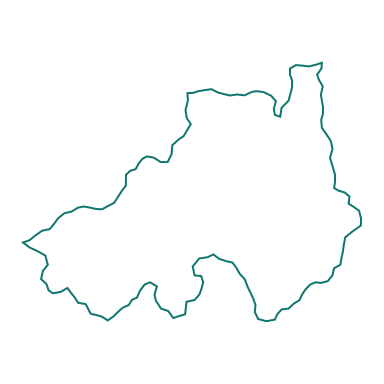 outline of Cipotânea, Minas Gerais, Brazil
{"feature_id": "56859067B10436357826838", "entity_name": "Cipotânea", "entity_type": "district", "adm_level": 2, "iso_a3": "BRA", "parent_name": "Brazil", "parent_adm1": "Minas Gerais", "projection": "natural_earth1", "projection_center": [-43.36, -20.915], "detail": "fine", "context": "isolated", "style": "outline", "palette": "teal", "viewbox_px": 384, "rotation_deg": 0, "n_neighbors": 0, "source": "geoboundaries", "source_scale": "gbopen_adm2", "svg_char_len": 2157}
<svg xmlns="http://www.w3.org/2000/svg" viewBox="0 0 384 384"><path d="M332.4,275.4L334.0,268.3L340.4,264.8L341.3,259.1L342.8,252.0L343.9,244.4L345.2,237.4L352.3,231.6L356.7,228.5L360.9,225.5L361.0,218.5L359.1,210.8L353.4,206.7L348.6,203.6L349.5,196.5L344.5,192.4L338.6,190.7L334.1,188.0L335.1,181.5L334.9,174.2L332.4,165.8L330.0,157.9L332.5,149.0L330.8,141.0L326.0,133.6L321.9,127.9L321.2,119.9L323.0,113.5L323.0,106.9L321.9,101.0L320.9,94.5L322.8,86.4L319.0,80.0L317.1,74.6L321.4,68.6L321.9,62.8L316.9,64.4L309.2,66.4L302.0,65.6L295.9,65.1L290.0,68.6L290.0,74.7L292.2,80.7L291.9,88.1L288.6,100.6L281.6,107.8L280.2,116.7L274.9,114.9L273.8,108.8L275.9,101.2L271.1,95.7L263.6,92.1L257.2,91.2L252.1,91.8L244.8,95.3L237.0,94.5L230.1,95.5L224.1,94.1L217.9,92.5L211.4,89.2L204.2,90.2L198.2,91.2L193.4,92.8L187.5,93.1L187.9,100.6L185.5,110.1L186.8,118.1L190.8,124.2L187.0,130.4L183.6,136.2L178.6,139.5L172.3,145.2L171.6,154.1L167.6,162.1L160.6,162.0L153.7,157.6L146.9,156.4L142.4,158.9L138.6,163.6L135.7,169.1L130.1,170.9L126.0,174.8L125.8,185.6L122.0,190.7L118.4,196.2L114.1,202.9L107.8,206.1L102.1,209.3L96.2,209.0L89.9,207.6L83.6,206.5L78.2,207.6L71.5,211.6L64.4,213.2L58.2,218.2L54.0,223.9L49.7,229.1L42.2,230.7L35.7,235.2L29.3,240.3L23.0,242.5L29.8,247.6L37.4,251.1L45.3,255.5L47.8,264.8L42.9,270.9L41.1,279.1L46.4,283.9L48.6,290.3L52.9,293.3L60.6,291.9L67.4,288.0L71.2,293.1L74.9,297.7L78.1,302.8L85.7,304.1L90.6,313.7L95.6,314.9L101.6,316.5L107.8,320.4L113.4,316.5L119.0,311.0L123.0,307.6L128.7,305.1L131.9,299.9L137.0,297.6L140.0,290.7L144.6,284.6L150.0,282.3L156.9,286.4L154.5,294.5L155.8,300.5L161.0,308.6L168.2,311.0L173.3,318.0L178.8,316.1L185.1,314.3L186.5,301.8L194.6,300.0L199.4,294.5L201.6,288.4L203.2,282.1L201.1,276.0L194.6,275.4L192.7,266.4L199.2,258.5L207.7,257.2L213.4,254.4L219.0,258.8L226.0,261.1L232.5,262.6L236.8,268.4L239.5,273.5L244.7,279.2L247.8,287.2L250.9,293.5L253.4,298.9L255.5,305.1L254.8,312.0L258.2,319.0L266.3,321.2L274.9,319.6L277.3,314.3L281.6,309.4L288.6,308.6L293.7,303.7L299.4,300.2L302.3,294.1L305.6,289.3L310.2,284.6L315.5,282.3L321.1,282.9L327.8,281.1L332.4,275.4Z" fill="none" stroke="#0f766e" stroke-width="2"/></svg>